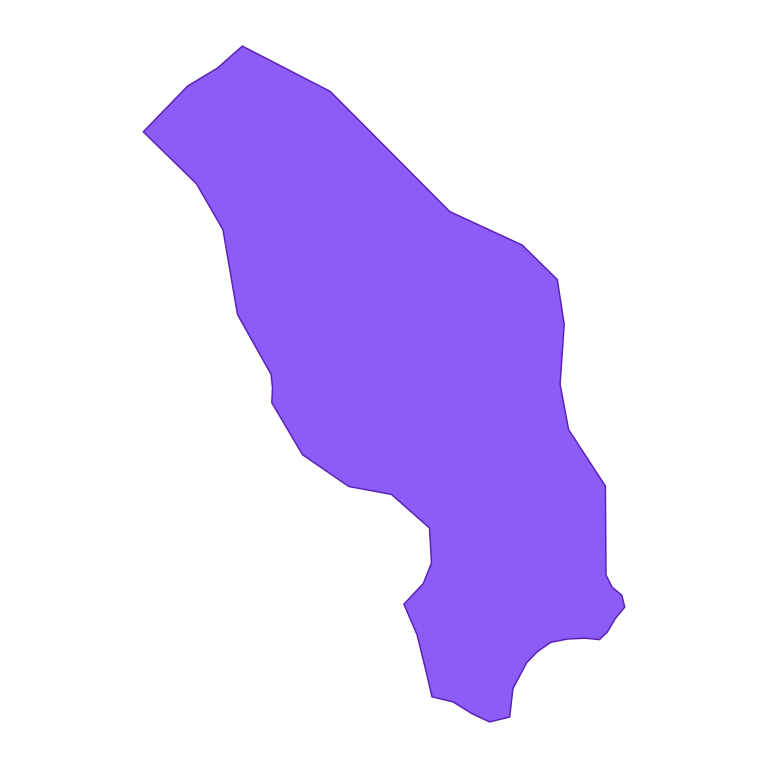 the District of Nakaseke
{"feature_id": "UGA-3095", "entity_name": "Nakaseke", "entity_type": "District", "adm_level": 1, "iso_a3": "UGA", "parent_name": "Uganda", "parent_adm1": "", "projection": "albers", "projection_center": [32.236, 1.008], "detail": "fine", "context": "isolated", "style": "filled", "palette": "violet", "viewbox_px": 768, "rotation_deg": 0, "n_neighbors": 0, "source": "natural_earth", "source_scale": "10m", "svg_char_len": 680}
<svg xmlns="http://www.w3.org/2000/svg" viewBox="0 0 768 768"><path d="M403.9,604.2L423.3,583.5L431.5,562.9L429.5,528.0L391.4,494.4L348.8,486.5L302.6,454.8L271.8,402.7L272.5,387.6L271.1,374.4L237.5,314.5L223.0,229.8L196.4,183.7L143.3,131.8L187.8,85.9L217.3,68.2L242.3,46.1L330.3,91.5L449.8,211.6L522.2,245.1L557.3,279.6L564.2,324.3L560.1,384.3L568.6,429.6L605.4,486.1L606.0,575.0L612.2,587.3L621.8,595.2L624.7,607.2L615.3,618.5L607.4,632.0L599.4,639.6L585.2,638.2L567.6,639.0L550.8,642.3L537.5,651.5L526.6,662.8L512.9,688.7L509.7,717.0L489.5,721.9L472.2,713.8L453.0,701.9L432.0,696.8L427.5,677.3L417.1,634.8L403.9,604.2Z" fill="#8b5cf6" stroke="#5b21b6" stroke-width="1.5"/></svg>